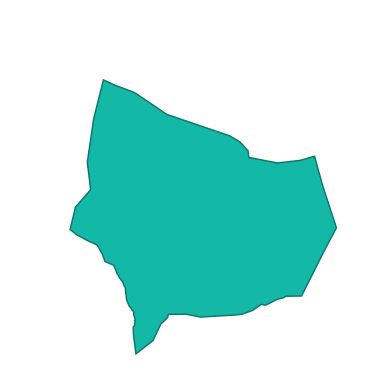 outline of Bulgan, Ömnögovi, Mongolia, rotated 341°
{"feature_id": "93677404B9137444234021", "entity_name": "Bulgan", "entity_type": "district", "adm_level": 2, "iso_a3": "MNG", "parent_name": "Mongolia", "parent_adm1": "Ömnögovi", "projection": "robinson", "projection_center": [103.141, 44.294], "detail": "fine", "context": "isolated", "style": "filled", "palette": "teal", "viewbox_px": 384, "rotation_deg": 341, "n_neighbors": 0, "source": "geoboundaries", "source_scale": "gbopen_adm2", "svg_char_len": 1798}
<svg xmlns="http://www.w3.org/2000/svg" viewBox="0 0 384 384"><g transform="rotate(341 192 192)"><path d="M261.7,326.0L299.4,289.2L316.9,272.9L317.6,228.2L319.5,198.1L304.5,197.3L282.3,192.4L256.9,177.8L258.4,171.4L253.6,160.2L245.9,151.2L193.4,110.4L170.3,79.6L154.3,66.3L144.7,57.2L122.8,90.9L102.8,129.6L100.7,139.2L96.9,156.8L76.9,168.4L64.5,187.8L69.1,194.9L77.0,203.5L84.9,211.1L85.1,211.8L85.6,214.1L87.1,222.3L87.1,229.4L94.0,235.7L94.1,235.9L94.1,236.8L94.4,239.7L94.6,242.2L94.5,244.9L95.1,246.1L95.2,246.6L95.1,247.8L95.3,248.3L95.4,248.5L95.3,249.0L95.4,249.5L95.6,250.1L95.9,250.6L96.2,251.1L96.3,251.6L96.5,252.4L96.5,252.8L96.7,253.2L97.0,253.8L97.2,254.1L97.3,254.5L97.3,255.0L97.3,255.4L97.3,255.8L97.3,256.2L97.2,256.7L97.1,257.2L97.1,257.7L97.1,258.1L97.2,258.4L97.4,259.0L97.5,259.4L97.7,260.1L97.7,260.6L97.6,261.0L97.7,261.3L97.8,261.6L97.6,262.0L97.0,263.3L96.7,265.3L96.5,265.8L96.2,266.8L96.1,267.3L96.0,268.9L95.8,269.5L95.5,270.1L95.4,270.8L95.4,271.2L95.2,271.9L95.1,272.6L95.0,273.0L95.3,274.7L95.3,275.4L95.3,276.0L95.3,276.5L95.2,276.9L95.2,277.2L95.4,277.7L95.5,278.1L95.4,278.5L95.4,279.1L95.6,279.5L95.9,280.1L96.0,280.7L96.4,281.5L96.5,281.9L96.7,282.4L96.8,283.3L96.8,283.7L96.9,284.1L97.3,284.8L97.7,286.0L97.7,286.6L97.7,286.9L97.6,287.3L97.2,288.0L97.1,288.3L96.9,289.0L96.9,290.1L97.0,291.2L96.9,291.6L96.9,291.9L96.8,292.3L96.8,292.9L96.8,293.6L96.8,293.8L96.4,294.5L96.1,294.9L96.0,295.2L96.0,295.5L95.9,296.0L95.5,296.9L94.8,297.6L94.7,298.9L92.5,300.5L90.2,307.9L86.3,326.8L102.9,321.1L106.7,319.8L119.6,306.6L125.9,303.8L128.1,302.6L129.8,300.0L146.8,305.7L159.5,313.1L193.1,322.4L199.0,323.8L210.6,323.7L220.8,320.8L224.7,322.9L233.5,321.8L237.4,321.2L244.5,321.8L246.8,321.1L261.7,326.0Z" fill="#14b8a6" stroke="#0f766e" stroke-width="1.5"/></g></svg>